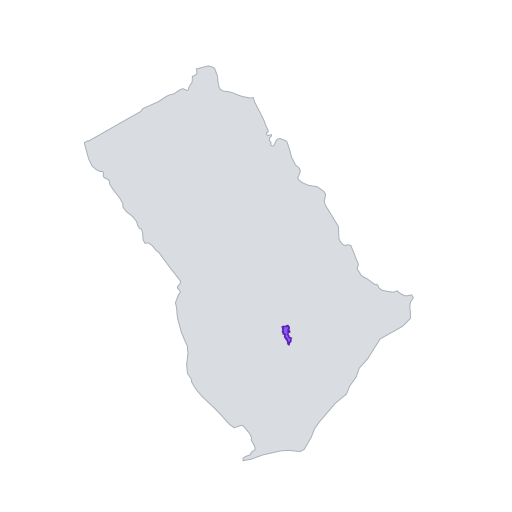 Asante Akim Central Municipal, Ashanti, Ghana (highlighted), rotated 331°
{"feature_id": "2480657B1767599566587", "entity_name": "Asante Akim Central Municipal", "entity_type": "district", "adm_level": 2, "iso_a3": "GHA", "parent_name": "Ghana", "parent_adm1": "Ashanti", "projection": "robinson", "projection_center": [-1.254, 6.565], "detail": "fine", "context": "in_parent", "style": "filled", "palette": "violet", "viewbox_px": 512, "rotation_deg": 331, "n_neighbors": 0, "source": "geoboundaries", "source_scale": "gbopen_adm2", "svg_char_len": 5474}
<svg xmlns="http://www.w3.org/2000/svg" viewBox="0 0 512 512"><g transform="rotate(331 256 256)"><path d="M306.6,66.6L310.0,70.2L310.7,72.3L309.5,80.1L307.1,85.5L305.5,90.6L305.7,93.2L307.2,95.7L312.4,99.7L315.0,102.3L318.1,106.3L321.7,110.2L327.8,115.2L330.4,116.1L330.3,117.5L329.5,119.4L328.9,138.2L328.5,143.0L328.0,145.4L327.4,152.4L326.8,153.4L325.6,153.3L324.6,153.6L324.3,155.0L324.7,156.4L328.4,157.4L327.6,158.5L324.9,159.5L323.6,161.6L324.2,164.0L322.7,165.9L323.1,167.2L324.1,168.1L325.6,167.8L329.9,164.6L331.8,164.2L334.0,164.9L338.1,169.8L338.3,172.2L336.6,180.5L335.0,186.8L334.7,195.3L336.4,200.1L336.2,202.7L334.3,205.0L330.1,208.2L330.4,210.5L332.3,214.6L335.9,219.3L343.0,225.0L346.7,232.5L346.8,235.6L344.6,238.6L342.1,241.3L341.3,245.1L342.4,270.2L336.9,281.1L336.8,284.2L337.4,287.8L338.9,290.0L341.7,290.6L344.0,292.7L343.2,300.4L342.0,308.2L341.8,311.9L341.1,313.7L338.9,315.2L338.1,317.7L338.7,320.7L338.3,323.0L339.5,325.9L342.0,329.5L346.1,338.5L347.7,339.2L348.4,341.1L347.9,342.9L349.5,346.9L354.0,350.9L358.8,354.4L362.7,354.9L363.6,358.0L366.1,361.9L367.9,363.7L370.9,364.8L373.3,365.4L373.4,368.7L369.1,371.0L366.1,374.5L363.9,379.7L360.8,385.5L350.2,388.5L346.1,388.6L324.3,388.7L303.8,400.1L292.0,404.1L284.8,410.5L275.0,415.1L268.2,420.6L254.1,423.2L230.9,431.9L223.6,435.4L216.3,441.4L204.4,448.5L199.7,448.4L190.3,441.8L183.3,438.5L166.1,433.4L153.3,431.4L147.1,429.3L145.4,428.9L146.8,426.5L150.4,426.4L154.2,427.1L157.0,425.3L161.2,425.0L162.3,423.1L162.7,418.3L162.6,414.5L164.1,412.8L164.4,408.2L162.4,398.1L160.9,397.0L153.5,395.6L152.9,393.6L151.6,391.5L150.1,386.3L148.5,378.5L145.9,369.0L140.9,353.2L139.6,347.6L138.8,341.9L138.6,335.1L139.7,332.6L139.5,329.1L139.1,325.6L142.6,317.5L149.6,307.7L151.0,304.1L152.3,301.7L152.5,298.1L153.7,286.7L157.1,272.8L159.2,267.6L160.6,264.8L162.3,260.1L162.7,258.0L169.1,252.5L172.1,251.1L172.7,248.9L171.7,246.6L172.2,245.0L173.7,244.2L176.1,243.6L177.8,241.3L175.1,224.2L172.9,207.2L172.8,205.8L171.5,203.4L170.2,196.4L168.1,192.3L165.1,191.0L165.1,187.2L168.1,180.6L168.9,176.8L167.5,175.6L167.3,172.6L168.3,167.8L167.8,164.8L167.2,161.7L164.1,154.2L163.3,148.9L164.9,145.8L164.9,139.1L163.2,128.6L162.9,122.1L164.1,119.3L163.5,116.7L161.3,114.2L161.1,111.8L163.0,109.5L162.8,107.6L160.4,106.3L158.2,103.1L156.3,98.0L156.7,89.9L160.4,74.9L160.8,73.6L164.9,73.7L164.9,74.3L177.7,74.2L192.4,74.0L209.9,73.8L225.8,73.7L226.5,73.0L229.1,72.2L245.2,73.7L255.2,72.9L259.5,73.4L262.6,74.4L269.5,73.8L273.2,74.2L276.0,77.9L277.1,77.9L278.7,76.3L281.4,74.5L284.3,73.1L286.3,70.1L287.5,67.9L289.3,68.4L292.0,68.2L293.7,66.4L294.4,63.5L306.6,66.6Z" fill="#d9dde1" stroke="#a8b0b8" stroke-width="1"/><path d="M250.4,333.9L250.1,333.8L249.8,333.5L249.8,333.2L250.1,333.2L250.3,333.0L250.3,332.8L250.3,332.5L250.2,332.2L249.8,332.0L249.4,331.9L248.9,332.1L248.5,332.3L248.3,332.0L248.2,332.0L247.9,332.0L247.7,331.9L247.4,331.8L247.2,331.8L247.0,331.7L246.7,331.5L246.5,331.4L246.4,331.3L246.2,331.1L245.9,331.0L245.8,330.9L245.6,330.9L245.4,330.8L245.3,330.7L245.1,330.7L244.8,330.7L244.7,330.7L244.7,330.8L244.8,330.8L244.7,330.9L244.7,331.0L244.7,331.3L244.4,331.4L244.4,331.5L244.4,331.8L244.5,331.8L244.5,332.0L244.4,332.1L244.5,332.2L244.4,332.2L244.4,332.3L244.5,332.4L244.5,332.5L244.4,332.8L244.3,333.0L244.2,333.0L243.9,333.1L243.7,333.3L243.7,333.5L243.8,333.5L243.8,333.8L243.7,334.0L243.4,334.4L243.3,334.5L243.4,334.8L243.4,335.0L243.2,335.1L243.0,335.3L242.9,335.4L242.8,335.5L242.7,335.4L242.7,335.5L242.7,335.8L242.5,336.0L242.4,336.0L242.3,336.3L242.4,336.5L242.4,336.8L242.4,336.7L242.5,336.8L242.5,336.7L242.5,336.8L242.7,337.0L242.9,337.3L242.9,337.5L242.8,337.8L242.7,337.8L242.8,337.9L242.7,337.9L242.8,338.0L242.7,338.0L242.8,338.2L242.8,338.3L243.0,338.4L243.0,338.5L243.2,338.8L243.3,339.0L243.4,339.3L243.2,339.4L242.9,339.4L242.9,339.5L242.7,339.7L242.6,339.8L242.4,340.0L242.2,340.2L242.1,340.4L242.0,340.6L241.9,340.8L241.7,340.8L241.7,341.0L241.8,341.2L241.8,341.3L241.9,341.6L242.0,341.8L242.1,342.0L242.4,342.3L242.4,342.5L242.5,342.6L242.4,342.7L242.5,342.8L242.4,342.9L242.5,342.9L242.5,343.0L242.4,342.9L242.4,343.0L242.5,343.2L242.4,343.3L242.3,343.5L242.3,343.8L242.5,343.9L242.7,344.0L242.6,344.3L242.5,344.2L242.4,344.3L242.5,344.4L242.4,344.7L242.4,344.8L242.3,345.0L242.3,345.3L242.2,345.4L242.1,345.7L242.1,345.9L242.1,346.2L242.1,346.3L242.2,346.6L242.2,346.8L242.3,346.8L242.4,347.0L242.2,347.0L242.1,346.9L241.9,347.0L241.9,347.3L242.0,347.3L241.9,347.5L241.8,347.9L241.7,347.9L241.8,348.1L241.7,348.1L241.6,348.3L241.4,348.6L241.6,348.8L241.7,349.2L241.6,349.4L241.7,349.5L241.8,349.6L242.0,349.5L242.3,349.1L242.5,349.0L242.6,348.9L242.6,348.7L242.6,348.4L242.9,348.3L242.9,348.2L243.0,348.1L243.7,347.9L243.8,347.9L244.0,347.9L244.2,347.7L244.6,347.7L245.0,347.6L245.0,347.4L245.1,347.1L245.3,347.0L245.5,346.8L245.5,346.7L245.7,346.4L245.8,346.4L246.0,346.1L246.1,345.9L246.3,345.5L246.4,345.3L246.6,345.1L246.7,344.9L246.7,344.7L246.8,344.7L246.6,344.4L246.3,344.2L246.2,344.0L246.2,343.9L245.7,343.5L245.5,342.6L246.0,341.9L245.7,341.2L245.9,339.8L246.7,338.9L248.7,338.7L248.6,338.4L248.3,338.3L248.2,338.2L247.8,337.9L248.0,337.9L248.3,337.8L248.5,337.6L248.9,337.3L248.5,337.1L248.6,336.9L248.7,336.5L248.2,336.2L248.6,335.9L248.7,335.7L248.9,335.5L249.1,335.4L249.6,335.3L249.9,335.3L249.9,335.1L250.1,335.0L250.2,334.9L250.3,334.8L250.4,334.7L250.4,334.4L250.5,334.2L250.4,333.9Z" fill="#8b5cf6" stroke="#5b21b6" stroke-width="1.5"/></g></svg>